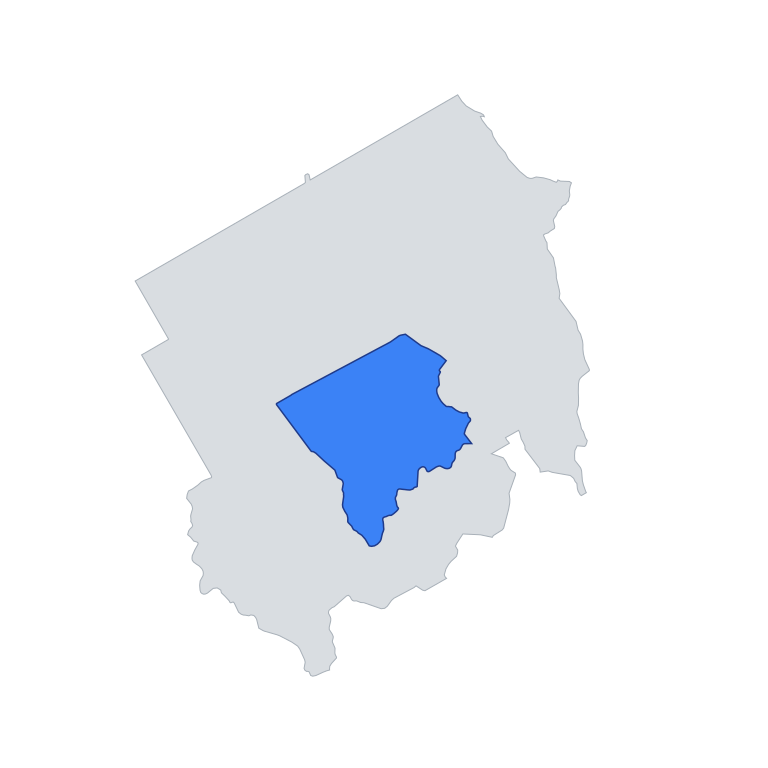 North Kordufan on a map of Sudan (Mercator projection), rotated 330°
{"feature_id": "SDN-883", "entity_name": "North Kordufan", "entity_type": "State", "adm_level": 1, "iso_a3": "SDN", "parent_name": "Sudan", "parent_adm1": "", "projection": "mercator", "projection_center": [29.791, 14.01], "detail": "fine", "context": "in_parent", "style": "filled", "palette": "blue", "viewbox_px": 768, "rotation_deg": 330, "n_neighbors": 0, "source": "natural_earth", "source_scale": "10m", "svg_char_len": 6785}
<svg xmlns="http://www.w3.org/2000/svg" viewBox="0 0 768 768"><g transform="rotate(330 384 384)"><path d="M504.9,579.3L499.1,579.3L498.5,577.9L498.5,574.0L499.2,571.2L501.3,566.6L500.8,564.1L501.1,560.5L499.6,556.4L485.5,544.6L482.8,541.4L475.2,538.4L476.6,535.1L473.5,511.0L475.0,508.2L475.4,503.9L475.4,500.2L477.2,494.0L477.4,491.4L462.4,491.2L462.3,493.9L462.9,496.9L462.9,498.0L442.1,498.1L450.4,507.6L450.8,511.8L450.4,517.0L450.5,520.3L450.9,522.4L453.2,526.7L453.0,527.5L452.5,528.5L437.7,541.1L435.3,546.9L433.3,550.0L429.0,555.1L415.6,568.6L413.4,569.5L403.1,569.9L402.1,570.3L401.3,570.9L400.9,570.7L392.1,562.8L377.3,553.3L367.5,558.3L364.8,560.1L364.8,564.7L363.3,567.0L360.7,569.5L353.5,571.1L349.7,572.5L345.2,575.1L340.8,579.4L340.5,581.6L341.0,583.6L316.1,583.5L314.4,581.9L310.8,574.8L308.3,575.3L285.5,574.5L282.3,575.2L275.8,578.1L272.5,578.6L269.2,577.2L257.2,563.3L254.6,561.6L251.9,558.2L249.4,556.8L248.5,555.7L248.2,554.2L248.3,551.2L247.5,549.2L245.6,548.8L229.5,552.0L227.2,551.7L223.8,552.3L222.7,552.8L221.3,554.7L221.1,558.5L220.7,560.4L219.4,562.5L214.9,567.3L213.8,569.3L214.1,574.6L213.8,577.2L213.1,578.4L211.1,580.4L210.3,581.6L209.5,588.3L207.0,592.3L206.5,593.7L206.3,596.6L205.9,597.5L198.7,599.8L195.9,601.3L194.3,603.6L193.9,604.5L190.8,603.7L186.8,603.1L179.2,602.4L176.2,601.4L174.8,599.8L175.2,595.7L174.5,594.9L173.2,594.1L172.4,592.4L172.6,590.3L176.6,585.6L177.4,583.1L178.5,571.4L178.2,567.8L175.0,561.2L167.7,549.8L165.9,547.6L156.8,538.2L155.8,536.8L153.5,532.9L156.0,524.2L156.1,521.8L155.5,519.3L153.2,517.4L151.1,517.2L148.4,514.9L146.7,513.8L145.1,511.8L144.0,508.9L144.8,498.7L144.3,497.3L141.9,496.9L141.4,496.2L141.5,494.2L140.2,488.4L138.8,483.5L139.6,480.8L137.6,477.2L133.9,475.6L126.6,476.8L124.4,476.6L122.8,475.9L121.7,474.6L121.1,473.0L121.6,470.6L123.7,466.2L126.3,462.6L131.6,459.4L132.9,457.6L133.7,455.7L133.9,453.4L133.5,451.1L132.9,449.0L131.4,446.1L130.0,442.8L129.9,440.5L130.6,438.9L132.0,436.9L137.2,433.1L142.6,429.9L143.5,428.8L143.1,427.5L140.7,424.9L139.9,419.8L138.6,416.3L141.3,413.6L143.3,412.6L146.4,411.8L147.6,410.7L148.0,408.6L147.9,406.5L149.0,405.0L150.5,401.7L151.7,400.3L155.8,396.4L156.7,394.0L157.0,391.6L155.9,384.4L158.2,381.4L161.2,378.9L165.6,379.1L172.3,378.5L176.8,377.5L180.1,377.5L187.6,378.8L188.3,378.3L188.7,376.4L188.6,237.6L219.5,237.6L219.9,237.3L220.0,170.4L415.1,170.5L416.7,170.2L419.7,163.9L421.1,163.5L423.1,163.8L423.7,165.3L422.1,170.4L592.4,170.4L592.8,178.1L594.2,184.3L599.0,193.0L603.1,197.7L604.6,200.3L604.7,201.5L604.5,202.7L603.3,201.4L601.2,200.5L600.9,204.6L601.9,213.0L603.6,218.8L602.3,224.2L602.5,233.4L604.7,244.4L604.2,251.3L607.8,267.6L611.2,276.6L613.1,278.8L615.2,280.0L619.3,280.8L625.3,285.3L630.1,290.2L631.8,292.7L634.1,295.5L635.7,295.0L636.6,294.2L638.2,296.5L645.8,301.3L646.9,303.5L644.2,305.7L641.0,309.5L639.5,313.0L638.7,314.1L636.2,316.3L635.7,317.3L634.6,318.0L633.5,318.1L630.9,319.3L628.6,318.9L626.2,319.5L625.4,320.4L623.5,321.1L621.0,321.5L617.0,324.4L613.6,325.9L612.4,327.1L610.6,333.0L609.3,334.5L604.3,334.7L601.8,335.2L598.4,334.5L596.7,334.6L596.3,335.8L595.7,340.9L595.8,343.1L592.9,348.8L593.8,359.5L591.0,367.6L590.6,369.4L587.8,375.7L586.4,378.1L582.9,389.9L581.5,393.6L578.5,397.4L581.6,425.8L579.0,434.4L579.1,439.2L577.4,446.1L576.0,449.3L573.7,453.2L571.8,457.5L570.1,463.3L569.1,474.1L568.5,475.1L559.5,476.4L556.7,477.2L554.8,478.4L552.5,481.1L547.9,488.7L545.5,493.4L541.7,499.7L537.3,504.2L536.4,506.4L535.7,510.5L534.1,516.9L532.6,521.5L532.8,525.2L531.5,531.5L531.7,534.6L530.1,536.4L528.1,538.0L526.6,538.4L520.4,534.1L516.0,537.1L513.3,541.2L511.1,545.4L512.3,554.2L512.2,556.1L511.6,558.2L507.5,566.8L506.3,570.8L505.0,577.6L504.9,579.3Z" fill="#d9dde1" stroke="#a8b0b8" stroke-width="1"/><path d="M370.0,476.4L361.5,489.3L360.9,489.4L360.4,489.3L359.8,489.0L359.2,488.9L358.4,488.8L357.5,489.0L356.6,489.4L353.5,488.8L351.4,487.4L349.4,485.9L347.3,484.4L345.1,482.7L344.1,482.4L343.0,482.5L342.2,483.1L340.7,484.7L339.5,486.4L338.2,487.3L337.2,487.9L336.2,489.5L335.6,492.2L334.4,495.4L334.1,497.1L334.4,498.1L334.2,499.1L333.3,499.7L331.3,500.4L327.7,501.1L325.8,501.3L324.5,501.3L323.4,500.6L321.9,500.1L319.6,499.9L317.9,499.4L316.6,499.4L315.5,500.1L314.8,501.4L314.5,502.6L313.5,505.0L312.2,507.5L311.2,509.7L309.9,511.0L308.0,512.5L305.9,514.7L304.6,516.2L303.4,517.4L301.8,518.4L300.1,518.9L298.1,519.4L294.9,519.4L292.0,518.3L290.3,516.8L290.2,509.1L289.2,503.9L287.2,500.1L287.1,499.3L286.9,498.3L286.5,497.5L284.9,495.1L284.8,494.7L284.8,494.4L284.8,492.8L284.9,491.6L285.0,491.2L284.9,490.8L283.8,486.4L283.7,485.6L283.8,485.3L283.9,484.9L285.6,482.1L286.4,479.7L286.5,479.3L286.6,478.9L286.6,478.4L286.4,474.6L286.7,470.2L286.9,469.7L287.7,467.8L292.5,461.7L293.2,460.6L293.6,459.6L294.5,458.2L294.6,457.8L294.8,455.4L294.9,454.9L295.0,454.6L295.4,454.1L298.6,450.3L299.0,449.8L299.1,449.5L299.5,447.9L299.6,446.7L299.2,445.5L297.2,442.2L297.1,441.8L297.1,441.4L298.4,434.0L293.7,420.7L290.4,409.9L289.0,407.3L287.8,406.4L287.5,406.1L287.3,405.7L280.6,348.1L280.9,347.5L281.2,347.2L297.9,347.2L298.8,347.0L410.5,350.8L421.3,349.8L422.9,350.1L427.4,351.6L435.2,369.3L440.0,375.7L446.8,387.4L447.6,389.4L449.5,394.9L439.4,399.2L439.0,399.5L438.7,399.9L438.7,400.5L438.8,401.1L438.9,401.5L438.7,401.9L435.2,404.3L435.0,404.5L434.9,404.7L431.6,412.0L431.3,412.4L431.0,412.6L430.8,412.8L430.0,413.1L429.1,413.5L427.9,414.1L427.7,414.3L427.2,414.7L426.1,416.5L425.4,418.4L425.3,418.7L424.7,423.0L424.8,427.4L425.3,430.2L425.8,431.9L426.3,433.2L426.5,433.9L426.6,434.2L426.7,434.4L426.8,434.6L427.6,435.2L428.7,435.8L430.0,436.9L430.7,437.3L430.9,437.4L431.0,437.5L431.3,438.0L433.1,442.4L435.2,445.8L436.0,446.7L436.9,447.5L437.2,447.9L438.0,448.7L438.2,448.8L439.0,449.2L440.7,449.7L440.9,449.7L441.4,450.1L441.5,450.2L441.6,450.3L441.7,450.7L441.6,451.1L440.8,453.8L440.7,454.3L440.7,454.7L440.8,455.1L441.2,456.2L441.4,456.9L441.4,457.1L441.4,457.3L441.3,457.5L441.2,457.8L441.0,458.2L440.7,458.7L440.4,458.9L440.3,459.1L437.5,460.1L432.5,463.5L429.5,466.3L428.8,467.1L428.6,467.4L428.7,468.7L430.1,479.4L424.0,476.0L423.2,475.8L422.5,475.8L421.5,476.0L418.0,478.2L417.0,478.6L416.3,478.7L415.6,478.7L413.9,478.3L413.1,478.4L412.2,478.7L411.3,479.4L410.6,480.3L408.8,483.3L408.1,484.2L407.0,485.0L406.0,485.5L404.2,486.1L403.6,486.4L403.3,486.7L402.9,487.0L401.6,488.5L400.9,489.1L400.1,489.5L399.2,489.6L398.4,489.6L397.6,489.4L396.6,489.0L395.4,488.2L394.4,487.2L391.8,483.3L391.0,482.7L390.2,482.4L387.9,482.0L379.7,482.4L378.8,482.2L378.1,481.7L377.8,481.3L377.7,480.8L377.9,477.6L377.8,477.1L377.7,476.7L377.5,476.3L376.9,475.6L376.6,475.3L376.4,475.1L376.1,475.0L375.6,474.9L374.7,474.7L373.5,474.8L372.3,475.0L371.1,475.5L370.0,476.4Z" fill="#3b82f6" stroke="#1e3a8a" stroke-width="1.5"/></g></svg>